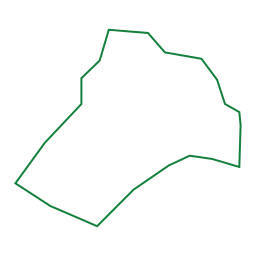 the state/province of Kerċem
{"feature_id": "MLT-5981", "entity_name": "Kerċem", "entity_type": "state/province", "adm_level": 1, "iso_a3": "MLT", "parent_name": "Malta", "parent_adm1": "", "projection": "orthographic", "projection_center": [14.218, 36.038], "detail": "fine", "context": "isolated", "style": "outline", "palette": "green", "viewbox_px": 256, "rotation_deg": 0, "n_neighbors": 0, "source": "natural_earth", "source_scale": "10m", "svg_char_len": 364}
<svg xmlns="http://www.w3.org/2000/svg" viewBox="0 0 256 256"><path d="M97.1,226.2L50.3,206.0L15.4,183.3L44.8,142.8L81.4,104.0L81.4,78.2L99.7,60.5L108.8,29.8L148.0,33.0L164.9,52.4L201.5,58.8L217.1,79.8L225.0,104.0L239.3,112.1L240.6,125.0L239.3,167.0L211.9,158.9L189.7,155.7L168.9,165.4L133.6,189.6L97.1,226.2Z" fill="none" stroke="#15803d" stroke-width="2"/></svg>